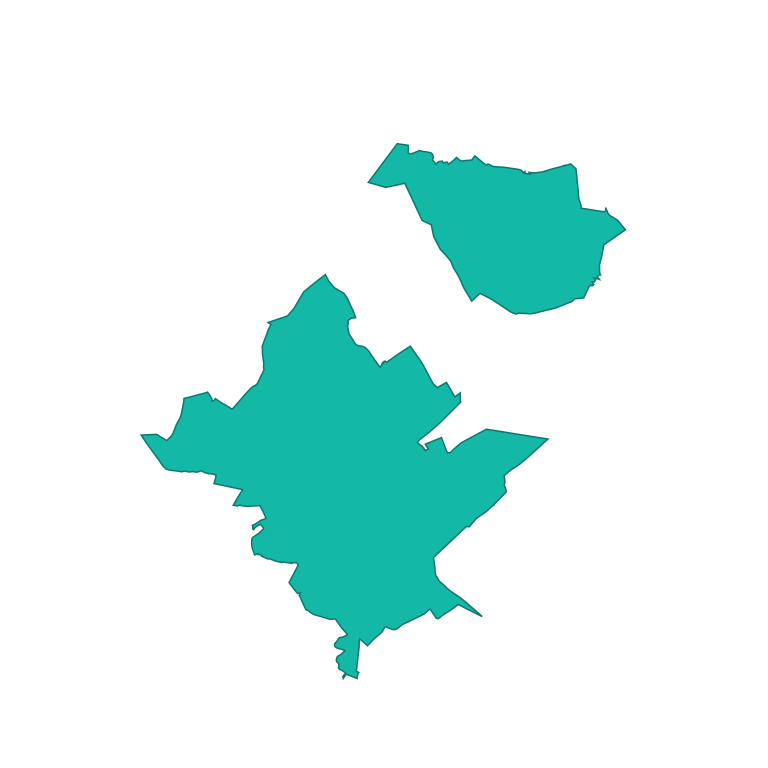 outline of Tlalnepantla de Baz, México, Mexico, rotated 297°
{"feature_id": "50627088B83704156466481", "entity_name": "Tlalnepantla de Baz", "entity_type": "district", "adm_level": 2, "iso_a3": "MEX", "parent_name": "Mexico", "parent_adm1": "México", "projection": "natural_earth1", "projection_center": [-99.176, 19.546], "detail": "fine", "context": "isolated", "style": "filled", "palette": "teal", "viewbox_px": 768, "rotation_deg": 297, "n_neighbors": 0, "source": "geoboundaries", "source_scale": "gbopen_adm2", "svg_char_len": 6160}
<svg xmlns="http://www.w3.org/2000/svg" viewBox="0 0 768 768"><g transform="rotate(297 384 384)"><path d="M409.4,555.1L390.2,495.8L367.0,479.7L364.0,478.3L358.4,476.1L353.0,474.1L351.5,471.8L352.9,470.0L362.3,459.5L349.1,448.1L346.4,452.9L343.5,451.1L346.0,445.9L345.8,445.7L346.9,440.5L348.9,440.7L350.4,441.1L353.4,442.3L359.0,445.1L374.6,451.4L402.8,460.6L403.9,459.3L410.7,456.0L404.7,453.0L413.8,438.9L405.0,433.1L406.5,427.7L419.6,408.9L422.2,404.3L429.6,390.2L415.5,382.2L404.5,376.5L404.9,374.5L402.1,373.9L402.2,373.5L402.7,373.2L401.1,373.0L400.8,373.2L399.8,373.4L397.1,372.8L402.4,362.5L406.4,355.4L408.1,350.1L407.5,346.5L406.5,344.4L406.4,341.0L412.8,330.0L419.2,325.2L422.2,324.5L423.9,322.9L427.9,325.2L430.2,328.6L435.9,322.7L436.6,321.3L443.8,312.4L446.5,307.5L447.2,296.3L450.6,288.1L454.3,282.8L455.0,282.1L441.1,275.6L429.5,270.6L410.6,269.5L400.8,267.1L386.2,252.8L385.8,256.2L384.0,256.3L380.3,256.2L377.4,256.5L374.8,257.0L373.4,257.0L364.5,258.1L361.7,258.5L361.4,258.9L356.6,261.6L356.1,261.7L351.2,265.2L347.5,267.6L345.4,268.5L343.5,269.5L342.6,270.3L343.2,270.6L327.5,271.0L326.6,270.9L324.2,269.9L322.7,268.6L320.6,267.6L317.7,266.7L310.4,264.6L301.9,262.6L293.0,260.3L292.7,259.6L293.4,251.1L293.4,248.0L294.4,240.4L291.8,239.8L290.6,238.4L292.9,237.2L296.7,230.5L294.9,228.8L285.7,218.5L280.4,212.3L277.7,213.5L265.1,217.1L261.0,217.7L257.7,217.5L252.7,217.5L245.2,218.3L241.8,218.3L238.1,217.2L235.0,216.1L235.9,204.2L228.3,190.9L223.9,198.4L218.6,208.8L214.6,216.7L210.8,223.8L210.2,225.2L209.9,227.1L209.2,227.8L209.7,230.8L209.9,231.9L210.5,233.8L212.6,239.3L213.9,243.5L214.3,244.2L215.3,245.1L216.2,246.5L216.7,249.2L217.3,250.6L219.1,253.2L219.7,254.8L219.8,255.9L221.2,258.2L223.3,260.1L223.8,261.0L223.7,262.2L223.7,263.1L223.6,263.9L224.2,267.4L224.4,267.7L224.5,268.6L225.6,270.8L226.6,275.4L225.0,276.4L220.8,277.2L220.6,277.4L218.3,277.6L218.1,277.7L225.7,306.0L216.8,305.2L207.5,304.7L208.7,308.1L208.7,308.8L210.1,309.8L210.5,310.7L211.4,313.9L212.6,317.0L212.9,317.7L214.5,320.4L216.6,324.1L219.3,328.6L214.9,334.8L213.1,337.1L212.3,338.2L211.5,338.8L210.5,339.9L206.4,335.9L205.0,335.3L200.6,332.7L199.6,332.0L198.5,330.9L196.1,332.4L195.2,333.1L194.9,333.6L195.0,334.0L195.6,333.9L197.4,334.3L198.8,334.9L200.6,336.0L201.9,337.0L202.9,338.2L200.9,342.2L200.0,342.2L198.2,341.7L195.3,340.6L194.4,340.4L188.0,336.8L187.0,336.5L185.0,337.0L182.8,338.0L180.3,339.4L178.1,341.0L176.8,342.2L175.8,343.5L173.0,346.3L173.5,347.0L174.7,347.7L174.8,348.1L174.8,349.0L175.3,348.8L175.5,348.8L175.6,352.7L175.0,353.3L175.4,360.1L176.3,361.4L176.9,366.1L176.8,366.6L178.5,374.1L179.2,374.0L179.4,374.5L182.3,383.2L182.8,382.9L185.1,387.2L184.4,388.6L183.6,389.7L181.5,389.8L169.4,389.6L163.9,389.6L161.8,394.1L160.1,397.4L158.1,402.1L158.6,403.0L159.7,404.1L158.3,404.5L157.0,404.5L156.9,405.1L154.0,408.5L148.5,415.5L147.5,416.9L147.4,418.2L147.8,419.5L147.8,419.9L147.2,421.7L147.0,422.9L146.8,425.1L146.9,427.0L147.5,430.2L148.4,434.5L149.4,440.6L149.8,442.6L150.5,443.9L152.6,447.2L151.9,448.5L147.4,457.1L146.0,460.7L144.2,465.2L143.6,465.1L143.1,464.7L141.9,463.7L140.4,462.7L140.0,462.4L138.3,460.2L137.6,459.5L137.1,459.2L135.9,459.0L133.3,458.8L130.6,458.0L129.7,458.1L128.8,458.6L127.8,459.6L127.5,460.6L127.4,461.2L127.7,464.1L128.3,466.3L128.7,468.4L128.6,470.1L127.9,470.0L124.0,468.6L123.2,468.2L121.8,467.4L121.3,466.9L120.3,466.3L119.7,466.2L119.0,466.2L118.4,466.4L116.9,466.6L116.5,466.8L115.9,467.2L115.1,468.0L114.5,469.8L114.3,470.4L112.9,471.5L112.1,471.9L110.8,472.2L110.2,472.5L109.8,473.2L109.6,473.8L109.7,475.9L109.6,477.8L109.0,481.0L104.3,480.2L103.1,481.4L108.3,482.1L109.1,491.0L109.4,493.8L111.2,492.7L115.5,492.5L115.5,489.8L138.9,481.0L142.1,479.3L145.9,478.0L143.3,488.1L152.8,491.0L158.8,493.5L162.9,495.0L168.3,495.1L169.1,502.8L169.5,504.1L170.6,505.8L172.2,506.9L177.7,509.4L196.8,523.9L197.9,524.4L204.4,527.1L200.6,534.2L199.0,536.9L199.5,538.8L204.2,541.1L206.9,542.5L210.2,544.6L215.9,547.7L221.3,550.2L221.2,557.6L221.3,577.1L222.5,573.1L227.5,552.5L228.5,546.7L229.5,538.0L230.6,533.1L231.5,530.6L232.5,526.7L232.9,524.9L233.5,522.6L235.8,519.2L236.6,517.6L237.5,516.5L240.3,514.5L243.6,512.6L247.6,510.0L249.9,508.2L251.8,506.9L294.2,522.0L295.5,524.8L305.7,527.2L310.5,529.6L316.3,532.8L324.7,536.0L326.1,537.0L327.3,536.9L343.5,542.0L346.7,539.2L348.5,537.0L350.7,536.5L353.5,535.1L356.8,532.6L365.5,536.3L371.2,539.7L376.6,542.4L387.0,546.6L409.4,555.1ZM631.1,529.1L632.7,525.1L635.9,518.2L636.3,514.5L636.7,508.6L637.1,507.4L637.8,506.1L640.9,502.5L641.8,501.3L640.1,502.5L638.4,502.6L637.4,502.2L631.0,482.4L630.1,480.1L631.9,478.9L633.8,477.3L636.9,474.1L637.9,473.2L646.1,468.2L649.4,466.1L652.3,464.1L656.7,461.4L662.9,457.3L664.9,450.4L664.0,449.6L660.8,446.3L661.1,446.1L657.1,442.0L654.7,439.2L650.6,434.7L645.0,429.0L642.4,425.2L640.3,422.0L639.4,419.9L638.4,417.1L637.4,419.0L635.7,414.0L637.3,413.2L635.5,412.2L636.4,410.5L636.8,409.1L636.3,406.4L631.9,393.4L628.8,386.0L627.4,382.5L627.3,378.9L627.3,377.2L627.1,376.7L625.5,375.8L626.2,371.2L628.5,361.4L623.4,360.5L621.4,357.4L620.5,355.7L618.0,352.2L617.7,350.4L618.8,345.7L616.3,345.0L612.2,343.3L609.3,341.7L610.4,339.3L607.9,336.5L609.1,334.8L607.1,331.9L606.1,331.5L603.5,330.4L605.7,325.7L609.1,324.6L610.1,323.7L611.0,322.1L611.2,321.5L611.2,320.5L610.2,316.6L609.2,314.2L608.5,311.6L608.0,309.3L607.4,309.0L606.5,308.4L604.3,306.3L603.8,306.0L603.5,305.6L602.0,304.3L601.1,303.6L600.7,302.4L600.9,301.0L601.0,300.5L604.8,299.0L607.7,297.2L604.1,286.7L556.5,278.5L560.0,296.4L572.3,311.4L547.0,343.8L547.3,354.0L537.9,361.3L529.4,373.3L526.2,382.2L523.7,387.8L518.8,393.4L515.0,399.8L513.0,402.7L505.8,411.6L497.7,424.5L508.4,428.5L508.3,441.8L505.7,464.7L506.3,470.0L508.3,471.8L513.2,483.0L515.3,485.8L529.5,502.3L543.2,514.3L546.3,515.0L551.4,522.9L564.1,522.4L565.2,522.9L566.4,525.2L567.9,525.8L568.6,524.7L569.4,522.7L570.1,524.1L570.5,525.1L573.2,525.2L573.9,523.0L574.3,524.3L575.0,528.3L575.8,526.3L576.8,525.3L577.4,525.4L577.9,525.8L578.5,526.1L578.9,526.4L579.5,527.5L580.9,525.7L587.8,522.0L597.3,519.8L607.8,516.7L631.1,529.1Z" fill="#14b8a6" stroke="#0f766e" stroke-width="1.5"/></g></svg>